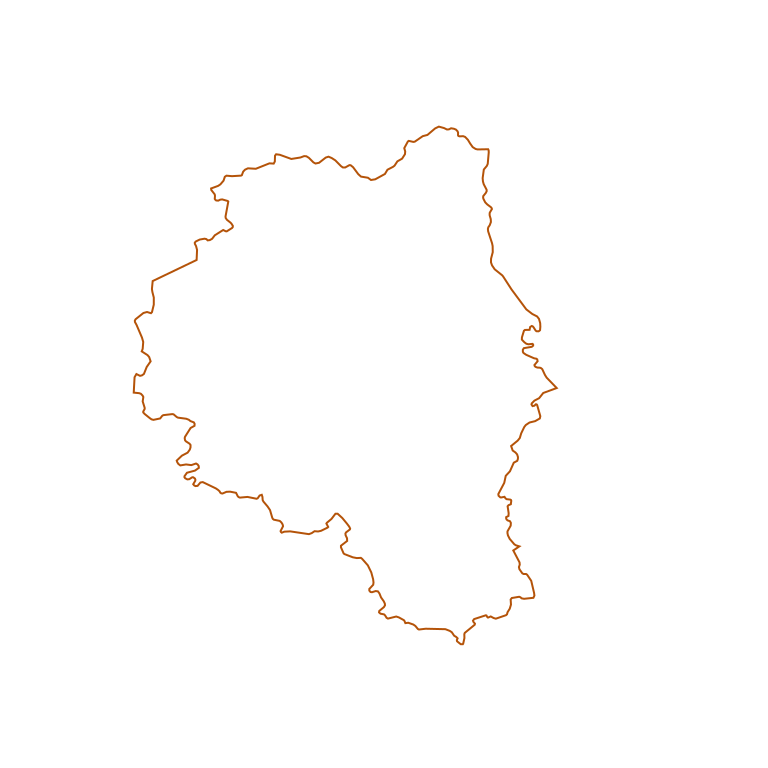 an SVG outline of Yaroslavl', rotated 326°
{"feature_id": "RUS-2360", "entity_name": "Yaroslavl'", "entity_type": "Region", "adm_level": 1, "iso_a3": "RUS", "parent_name": "Russia", "parent_adm1": "", "projection": "orthographic", "projection_center": [39.095, 57.746], "detail": "fine", "context": "isolated", "style": "outline", "palette": "amber", "viewbox_px": 768, "rotation_deg": 326, "n_neighbors": 0, "source": "natural_earth", "source_scale": "10m", "svg_char_len": 6166}
<svg xmlns="http://www.w3.org/2000/svg" viewBox="0 0 768 768"><g transform="rotate(326 384 384)"><path d="M573.4,201.3L576.9,205.4L578.5,208.2L580.2,209.2L582.6,209.5L584.7,211.5L585.9,213.3L586.3,215.6L586.0,217.0L584.5,219.1L584.4,220.0L585.2,221.0L588.2,222.8L589.4,224.5L590.1,228.4L589.9,232.9L590.0,237.2L591.4,240.4L592.8,241.9L601.6,247.6L601.4,248.8L600.4,250.5L593.1,259.5L591.2,260.7L586.7,262.0L580.9,268.5L579.3,271.4L578.4,274.1L577.7,280.3L577.0,281.5L575.3,282.5L571.4,283.7L570.6,284.6L570.0,285.9L569.5,290.0L570.0,292.8L571.5,297.2L571.6,298.3L571.3,299.3L567.5,301.1L566.7,302.0L565.9,303.3L564.7,307.0L563.2,309.5L560.4,311.5L558.1,312.4L556.8,313.6L555.7,315.7L552.3,327.7L551.2,330.4L547.9,335.5L542.8,340.0L540.7,343.0L539.9,346.1L539.9,350.8L542.8,360.1L542.9,361.5L542.6,376.9L543.7,401.7L546.1,408.9L548.7,413.6L548.9,416.7L547.5,420.9L545.6,424.0L543.5,426.6L542.5,426.8L541.5,426.7L539.9,425.5L539.6,424.4L539.7,420.5L539.5,419.3L538.9,418.5L537.0,418.5L535.0,420.5L531.1,418.0L529.8,418.1L524.4,422.5L523.1,424.3L523.7,427.8L524.5,430.2L525.9,431.8L529.6,433.8L529.7,434.7L529.1,435.6L527.3,435.8L520.0,432.5L518.3,433.2L517.1,435.0L517.0,436.3L518.2,439.3L522.8,446.6L524.5,448.3L524.8,449.3L524.1,451.0L519.3,452.4L519.0,453.4L519.2,454.5L520.3,456.1L522.4,457.7L523.1,458.7L523.5,460.2L522.5,466.5L522.4,469.7L524.9,483.9L511.0,480.5L504.7,482.5L499.4,481.9L495.6,482.7L494.8,483.5L494.8,485.4L496.6,486.1L498.5,485.7L499.1,486.2L499.2,487.1L495.6,498.1L493.9,499.7L488.5,499.3L483.1,497.3L478.6,497.3L476.2,498.1L470.2,501.6L466.4,504.7L463.2,505.7L454.7,506.5L453.5,511.1L454.7,514.3L455.0,516.8L454.2,519.5L453.1,521.0L451.5,522.2L447.6,521.8L439.6,526.8L433.6,528.2L428.4,533.2L417.2,539.2L416.5,540.7L417.0,542.9L417.5,543.5L420.8,544.9L420.8,546.7L421.2,548.0L424.0,550.4L424.4,551.1L424.2,552.0L421.9,554.6L419.5,554.1L418.1,554.5L415.1,560.8L413.4,563.0L410.8,562.7L410.0,564.0L409.9,564.9L410.2,566.2L411.7,568.2L411.5,570.1L409.8,572.3L404.0,575.2L403.0,576.6L402.1,578.8L401.6,582.7L402.4,589.7L403.1,591.4L405.4,594.3L398.1,594.3L396.6,607.7L395.5,609.7L393.5,611.2L392.7,613.3L392.8,618.3L393.5,619.6L395.5,620.9L396.0,622.1L396.0,629.5L391.6,641.1L390.4,643.5L388.3,644.8L380.0,640.4L378.2,638.6L377.9,637.2L377.1,636.0L370.3,632.9L368.5,633.5L365.9,637.9L362.6,640.6L358.8,642.3L357.2,643.7L355.9,643.9L345.5,641.1L344.0,639.3L342.5,636.4L339.6,635.8L339.3,634.8L339.5,633.2L339.1,632.7L327.3,629.3L325.4,630.0L325.1,631.4L325.4,633.5L324.6,634.3L311.8,635.5L310.7,636.3L308.6,639.6L304.4,643.6L303.8,643.8L302.1,642.6L300.7,638.2L301.2,637.0L302.8,636.0L302.4,634.0L301.4,631.9L301.4,627.7L300.5,625.5L297.8,621.6L281.7,610.2L275.7,607.1L275.1,606.1L274.7,602.1L273.8,599.8L270.6,595.5L268.0,594.2L268.5,591.6L268.4,590.9L265.8,585.8L264.1,583.6L256.1,580.7L255.4,579.3L255.5,576.4L255.2,575.0L252.7,572.5L252.3,571.3L252.2,570.5L253.2,569.5L259.2,568.9L261.1,568.0L261.9,566.5L262.3,564.0L262.2,559.3L263.1,555.1L263.0,552.5L261.3,551.0L257.6,549.9L256.5,548.9L256.3,547.1L257.2,545.7L262.8,544.4L264.3,542.7L265.8,539.8L268.1,533.1L269.2,525.3L268.1,516.7L267.6,515.2L264.1,513.1L261.2,510.2L256.1,502.9L255.8,501.8L257.0,495.3L257.9,494.0L265.7,493.5L267.1,491.2L267.6,487.9L268.4,486.4L269.5,485.8L274.4,485.5L275.1,484.9L275.4,482.8L275.2,479.0L274.5,471.8L273.0,465.6L271.2,464.4L265.0,466.5L259.0,467.1L258.2,467.5L257.8,471.3L256.9,471.5L249.7,470.5L246.9,469.4L244.1,467.2L240.7,467.2L237.8,466.5L223.8,453.7L218.8,450.7L216.1,450.1L215.8,449.1L216.0,448.1L220.7,445.5L221.2,444.5L221.5,443.0L221.5,441.3L221.0,439.2L216.8,434.9L216.4,433.6L216.6,432.3L219.0,424.8L219.0,420.4L218.3,414.0L218.5,412.4L220.1,409.6L220.7,407.5L218.5,406.9L215.4,408.1L214.2,407.9L207.7,401.3L201.0,397.6L200.2,396.4L200.0,395.2L200.5,391.5L196.2,387.2L193.1,385.3L188.9,384.5L187.9,383.6L187.5,382.4L187.7,381.1L187.2,379.0L186.2,376.5L178.9,364.0L176.7,363.0L172.5,364.2L170.6,363.2L169.9,361.9L169.8,360.4L173.4,358.7L174.1,357.9L174.4,356.7L173.7,354.7L172.9,354.1L169.3,354.0L167.6,353.1L166.5,351.0L166.4,349.8L167.0,348.9L171.0,347.4L178.9,350.1L183.6,350.0L184.5,348.4L184.5,346.5L183.7,344.8L178.9,343.5L174.9,340.0L169.6,337.6L168.8,335.2L168.9,333.0L169.3,331.6L176.4,330.4L182.8,331.1L186.3,329.8L188.1,328.4L189.5,326.4L189.4,324.7L187.7,320.7L187.6,319.4L188.5,317.4L189.5,316.5L199.1,312.3L203.5,312.7L204.7,311.2L204.9,309.5L202.8,306.5L202.2,304.5L200.6,302.2L194.4,296.7L193.7,295.5L192.6,291.5L191.7,290.6L183.6,286.4L182.2,286.4L179.2,287.4L172.8,284.8L171.5,283.3L170.8,281.5L168.8,275.0L168.5,273.0L169.0,272.2L171.7,270.8L172.3,269.8L174.2,263.5L177.2,260.2L177.4,258.7L177.0,256.2L175.9,254.7L171.7,251.2L181.0,238.9L184.3,237.3L186.3,240.8L188.2,241.5L190.6,241.4L196.8,237.2L203.2,234.7L204.4,230.3L204.1,227.8L201.4,221.5L203.6,219.9L207.9,214.5L209.3,210.2L211.9,196.6L212.2,193.3L212.9,192.1L214.3,191.4L224.3,190.6L227.8,191.8L230.4,195.0L231.8,194.7L237.5,189.5L241.5,183.6L243.4,178.3L244.7,175.5L249.8,169.3L298.0,176.4L304.0,168.3L305.3,164.6L305.6,162.0L306.2,161.0L307.7,160.6L312.0,161.2L316.5,163.2L317.8,164.6L318.1,166.3L320.1,167.3L322.7,167.5L326.9,166.1L336.8,166.4L338.2,168.9L339.0,169.5L345.3,169.7L346.4,169.3L347.1,168.4L347.2,166.0L347.0,164.5L345.6,160.0L345.6,157.8L346.3,156.5L356.9,145.7L356.8,144.9L353.1,140.5L351.3,139.6L349.1,139.3L347.5,138.0L347.2,137.0L347.2,135.9L349.1,133.5L349.7,132.1L349.3,126.6L350.0,125.2L357.3,127.0L360.0,127.0L364.7,125.7L367.9,123.2L369.9,123.2L374.2,126.7L382.0,131.3L382.9,131.4L386.0,129.2L388.6,128.6L391.8,129.1L398.1,133.9L412.4,137.0L415.8,139.6L417.9,138.5L421.3,133.8L423.0,133.2L425.8,135.7L433.0,145.6L441.4,149.5L445.2,150.4L447.0,151.8L448.2,154.5L449.4,160.8L450.5,162.9L453.9,164.3L462.3,163.7L465.1,164.5L467.0,167.4L468.7,171.4L470.2,179.4L471.0,181.5L472.9,182.8L477.7,183.2L478.7,184.0L479.6,187.0L480.0,195.6L480.9,199.2L486.0,204.0L487.3,207.6L491.2,209.4L502.2,210.4L506.7,208.3L512.9,209.0L514.8,208.9L519.6,206.9L525.0,207.3L529.9,205.2L531.6,203.1L532.7,199.8L539.4,196.3L540.5,196.3L543.7,199.7L545.0,200.3L554.7,200.2L559.3,201.8L569.3,200.7L573.4,201.3Z" fill="none" stroke="#b45309" stroke-width="2"/></g></svg>